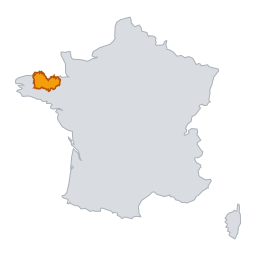 where Côtes-d'Armor sits in France
{"feature_id": "FRA-5283", "entity_name": "Côtes-d'Armor", "entity_type": "Metropolitan department", "adm_level": 1, "iso_a3": "FRA", "parent_name": "France", "parent_adm1": "", "projection": "mercator", "projection_center": [-2.816, 48.456], "detail": "fine", "context": "in_parent", "style": "filled", "palette": "amber", "viewbox_px": 256, "rotation_deg": 0, "n_neighbors": 0, "source": "natural_earth", "source_scale": "10m", "svg_char_len": 6311}
<svg xmlns="http://www.w3.org/2000/svg" viewBox="0 0 256 256"><path d="M210.2,101.8L208.3,102.8L207.1,105.0L205.9,105.5L203.7,105.5L202.6,104.2L200.0,105.0L198.9,106.4L200.5,108.1L195.3,114.9L191.9,116.7L191.2,121.2L187.3,124.5L185.8,128.0L185.7,128.7L186.7,129.8L186.3,132.1L184.3,133.5L184.3,135.0L184.9,135.2L187.9,134.0L189.1,132.7L188.4,130.8L191.5,128.6L197.0,129.1L197.6,132.1L196.9,134.7L200.8,140.1L197.4,142.6L197.2,144.3L200.7,149.7L202.9,151.9L201.7,155.5L198.0,157.8L195.7,157.6L194.6,158.2L194.7,159.3L196.4,162.6L200.4,164.7L201.0,167.1L199.9,168.0L198.0,171.7L198.8,173.5L198.5,174.3L198.9,175.6L200.0,176.8L205.5,179.9L210.5,179.3L211.2,181.1L208.1,185.9L208.3,188.0L206.7,188.0L206.4,188.8L203.3,190.4L198.4,195.2L196.0,196.6L195.1,199.0L193.7,200.3L186.6,203.1L185.2,202.4L181.8,202.5L179.6,200.8L175.4,199.7L174.1,197.2L170.2,196.7L170.0,195.0L164.5,196.6L156.8,194.3L154.1,191.8L151.9,192.4L149.9,194.6L141.6,200.5L138.4,206.4L139.0,213.4L140.9,216.8L135.8,216.3L132.8,217.3L132.1,218.7L125.0,217.0L122.3,218.5L121.6,218.4L120.7,216.9L117.2,215.3L117.7,214.1L117.2,213.1L113.9,212.3L112.8,213.3L111.6,211.3L102.4,208.1L100.9,208.2L100.3,211.3L94.3,211.2L93.5,210.6L89.7,211.3L85.6,208.4L81.1,208.9L78.3,205.9L75.6,205.7L71.8,204.2L70.1,203.3L69.9,202.4L68.7,203.8L67.3,203.5L67.0,203.1L67.9,201.4L68.1,199.4L63.4,198.0L62.1,196.6L62.1,195.8L64.6,195.2L66.9,192.4L69.1,182.5L70.7,170.6L71.9,168.4L73.4,167.7L72.2,166.1L70.7,168.3L71.6,157.3L73.3,148.9L77.3,152.4L78.3,153.8L79.4,158.8L81.7,160.8L80.2,158.8L78.8,152.3L77.9,150.4L71.5,144.9L71.3,143.6L74.1,144.3L72.9,140.1L72.3,131.3L68.4,130.4L62.2,126.7L57.9,119.9L57.4,117.4L58.5,114.7L57.6,113.0L55.7,111.8L57.1,109.4L58.4,109.2L62.9,110.5L59.2,108.3L53.3,109.1L50.9,108.3L50.5,106.7L52.1,104.6L50.1,103.3L46.7,103.6L46.3,103.1L47.3,101.6L46.4,101.0L43.7,101.6L42.1,101.1L40.6,99.4L36.1,99.0L35.1,98.0L28.9,96.0L22.4,96.4L20.6,93.0L16.7,91.3L17.5,90.2L21.4,89.2L22.2,88.2L19.3,86.8L18.3,85.4L23.6,85.1L21.2,83.6L16.0,83.7L15.4,81.6L16.0,79.5L19.0,77.6L26.4,75.5L31.9,75.4L35.7,73.0L39.5,72.3L43.0,73.5L47.9,79.5L51.8,76.9L57.6,77.0L58.8,78.5L60.3,75.7L61.6,77.3L68.7,76.8L67.0,75.7L65.7,73.1L65.4,63.6L61.8,56.7L60.9,54.1L61.1,52.0L65.3,52.4L68.8,51.4L70.5,52.0L70.9,56.5L72.4,59.1L82.1,59.9L87.7,61.3L92.5,58.8L96.9,57.7L97.2,57.1L94.7,57.3L92.4,56.2L92.0,55.0L93.3,51.5L100.0,47.6L109.9,44.3L112.5,42.1L115.4,38.1L114.7,37.0L115.2,26.0L116.6,22.4L120.4,19.7L130.1,17.1L131.3,20.6L131.2,22.6L133.7,25.7L135.0,26.7L139.2,25.0L141.2,27.9L141.8,31.2L146.9,32.5L148.4,36.7L149.3,35.8L152.5,36.0L154.0,36.3L156.0,38.2L155.4,40.7L156.3,41.9L155.4,44.2L156.0,45.2L161.9,45.2L163.6,44.2L164.4,41.9L166.2,40.5L166.8,40.9L165.7,45.2L166.5,46.3L166.9,49.4L169.1,49.7L173.4,52.1L177.0,56.2L181.4,55.5L184.9,57.7L188.6,56.6L192.0,57.8L193.2,59.0L196.3,64.6L198.8,63.5L200.5,64.2L201.1,65.8L207.6,64.8L208.8,66.4L210.1,67.0L218.4,69.1L218.4,71.2L213.7,77.2L211.6,85.6L210.2,88.5L209.7,90.7L210.1,92.2L209.8,94.5L208.8,99.9L209.4,101.5L210.2,101.8ZM239.5,208.8L239.1,211.9L240.3,214.2L240.6,223.2L238.3,227.5L237.9,232.8L234.9,238.9L230.3,236.2L228.9,234.7L230.2,232.3L227.5,231.0L228.2,228.7L227.9,227.6L226.0,227.4L225.9,226.8L227.3,225.1L227.3,223.9L225.5,222.6L225.1,221.3L226.9,219.9L226.1,218.7L225.1,218.4L227.5,214.3L229.1,213.0L232.7,211.9L234.1,210.4L236.5,211.2L236.9,210.8L237.7,204.2L238.5,204.2L239.3,205.0L239.5,208.8ZM71.8,140.6L71.2,142.5L68.8,139.1L68.5,137.3L71.8,140.6Z" fill="#d9dde1" stroke="#a8b0b8" stroke-width="1"/><path d="M33.1,75.9L33.4,76.1L33.9,76.1L34.1,75.9L34.0,75.4L33.9,75.0L34.0,74.9L34.8,74.7L34.6,74.6L34.0,73.9L33.9,73.5L34.1,73.3L34.6,73.1L34.9,72.5L35.0,72.3L35.7,72.4L36.3,72.7L36.5,72.8L36.4,72.8L36.3,73.0L36.6,73.1L36.8,73.1L37.0,73.0L37.1,72.8L37.2,72.7L38.6,72.2L38.8,72.1L39.0,72.1L39.5,71.5L39.8,71.9L39.8,72.4L39.7,72.8L39.5,73.1L39.6,73.3L39.7,73.1L39.8,72.9L40.3,72.3L40.7,72.0L40.8,71.8L41.0,71.9L41.3,71.5L41.5,71.4L41.7,71.6L41.8,71.8L41.8,72.0L41.7,72.3L41.9,72.6L41.8,72.8L41.6,73.4L41.5,73.6L41.1,74.0L41.8,73.1L42.1,72.7L42.3,72.8L42.5,72.6L42.8,72.6L43.0,72.8L42.9,72.9L43.0,72.9L43.0,73.0L42.8,73.1L42.7,73.2L42.4,73.4L42.4,73.6L42.6,73.7L43.0,73.9L43.8,73.9L44.2,74.0L44.1,74.4L44.2,74.5L43.9,74.7L43.9,74.9L44.2,75.0L44.5,75.3L44.7,75.5L44.8,75.8L45.8,76.7L46.0,77.4L46.0,77.6L46.0,77.8L46.0,78.1L46.3,78.2L46.7,78.5L47.6,79.0L47.5,79.4L47.4,79.5L47.5,79.6L47.7,79.8L47.9,80.0L48.1,80.2L48.1,79.6L48.8,79.5L49.1,79.4L49.4,79.0L49.8,78.5L49.9,78.3L50.0,78.2L50.3,78.1L51.4,77.4L51.6,77.2L51.2,76.8L51.9,76.6L52.2,76.7L52.4,77.0L52.8,76.8L53.2,76.5L53.6,76.1L53.9,75.7L53.9,76.0L54.0,76.1L54.4,76.2L54.4,76.4L54.3,76.5L54.2,76.6L54.1,76.8L53.6,77.3L53.9,77.6L54.2,77.4L54.5,77.0L54.9,76.8L55.0,77.0L55.1,77.5L55.3,77.7L55.4,77.9L55.4,78.2L55.5,78.5L55.6,78.4L55.8,78.2L55.8,77.9L55.8,77.7L55.9,78.0L56.0,78.3L56.3,78.3L56.3,78.1L56.1,78.0L56.3,77.7L56.5,77.6L56.9,77.8L56.8,77.7L56.7,77.5L56.6,77.2L57.3,76.9L58.0,76.8L58.1,77.0L58.4,77.6L58.4,77.8L58.5,78.1L58.8,78.3L58.8,78.5L58.7,78.6L59.1,79.3L59.2,79.6L59.2,80.1L59.3,79.9L59.8,79.6L59.6,79.5L59.9,79.2L60.0,79.4L60.3,80.3L60.3,80.7L60.1,81.1L59.7,81.7L59.6,82.1L59.9,83.6L59.9,83.8L59.8,84.0L59.7,84.1L59.4,84.2L59.4,84.4L59.5,84.9L59.4,85.1L59.1,85.6L58.7,85.6L58.2,85.3L57.8,85.3L57.4,85.5L57.2,85.9L57.0,86.1L56.3,86.1L56.2,86.2L56.0,86.4L55.9,87.0L55.5,87.3L55.4,87.5L55.3,88.1L55.2,88.4L54.9,88.6L54.5,88.9L54.3,89.1L54.0,89.1L53.5,89.4L53.2,89.5L53.1,89.3L52.8,88.7L52.7,88.5L52.5,88.4L52.1,88.3L50.8,88.3L50.6,88.5L50.5,88.8L50.4,89.6L50.4,89.9L50.2,90.2L49.3,91.1L48.8,91.4L48.5,91.3L48.5,89.3L48.3,89.2L47.3,89.5L46.9,90.0L46.7,90.0L46.6,89.9L46.3,89.2L46.1,89.0L45.5,88.9L44.4,88.3L44.0,88.2L43.3,88.5L43.1,88.4L42.9,87.7L42.5,87.4L41.5,87.3L41.2,87.5L40.9,88.2L40.8,88.4L40.5,88.6L38.5,88.8L38.1,88.7L37.9,88.5L37.8,88.4L37.7,88.3L36.9,88.6L36.5,88.7L36.3,88.4L36.2,88.3L36.2,88.1L36.1,87.9L34.6,88.0L34.2,87.9L34.6,87.7L34.4,87.0L34.5,86.5L34.8,86.1L34.9,85.6L34.8,85.3L34.4,84.5L34.3,84.3L34.3,83.6L34.2,83.4L33.9,83.2L33.5,83.0L33.4,83.0L33.4,82.6L33.5,82.5L33.5,82.4L34.0,82.3L34.2,82.2L34.3,82.1L34.4,81.8L34.4,81.6L34.3,81.4L34.1,81.3L33.8,81.2L33.7,81.0L33.7,80.7L34.1,80.1L34.2,79.8L34.2,79.4L34.1,79.2L34.0,78.9L33.3,78.0L33.2,77.8L33.1,77.4L33.1,75.9Z" fill="#f59e0b" stroke="#b45309" stroke-width="1.5"/></svg>